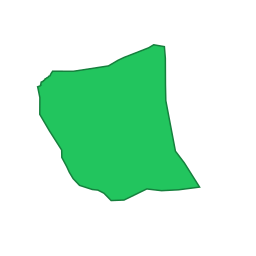 the district of Ceel, Govi-Altay, Mongolia, rotated 239°
{"feature_id": "93677404B88307122789623", "entity_name": "Ceel", "entity_type": "district", "adm_level": 2, "iso_a3": "MNG", "parent_name": "Mongolia", "parent_adm1": "Govi-Altay", "projection": "mercator", "projection_center": [96.016, 45.422], "detail": "fine", "context": "isolated", "style": "filled", "palette": "green", "viewbox_px": 256, "rotation_deg": 239, "n_neighbors": 0, "source": "geoboundaries", "source_scale": "gbopen_adm2", "svg_char_len": 1068}
<svg xmlns="http://www.w3.org/2000/svg" viewBox="0 0 256 256"><g transform="rotate(239 128 128)"><path d="M179.0,201.1L186.1,192.9L186.1,187.1L190.5,161.1L191.2,154.2L191.3,143.2L204.7,110.5L215.5,92.6L215.2,92.1L214.8,91.1L214.1,89.8L213.9,89.3L213.6,88.9L213.1,88.6L212.9,88.2L212.9,87.8L213.1,87.2L213.1,86.5L212.9,86.1L212.6,85.4L212.6,85.1L212.7,84.7L212.8,84.3L212.8,84.0L212.7,83.6L212.6,83.0L212.8,82.4L212.8,82.2L212.5,81.9L212.3,81.6L212.1,81.1L212.0,80.7L212.1,80.2L212.2,79.9L212.0,79.6L211.8,79.3L211.7,79.0L211.7,78.6L211.9,78.1L212.0,77.6L212.0,77.1L211.5,76.8L211.1,76.5L210.7,76.0L210.5,75.6L210.3,75.6L210.1,75.5L209.6,75.5L209.4,75.1L209.4,74.5L209.4,74.0L209.6,73.4L209.6,72.8L209.8,72.3L209.8,72.0L209.5,71.8L209.6,71.7L199.4,68.1L185.1,59.4L166.1,59.2L143.3,59.8L136.8,56.1L126.6,55.6L120.1,54.9L112.8,54.9L103.8,56.9L93.7,65.7L90.3,70.2L84.5,73.8L74.5,76.2L68.3,87.5L66.1,112.7L57.0,124.5L49.0,139.5L40.5,158.9L69.0,158.3L83.7,156.7L132.0,174.5L145.8,182.4L168.5,195.9L179.0,201.1Z" fill="#22c55e" stroke="#15803d" stroke-width="1.5"/></g></svg>